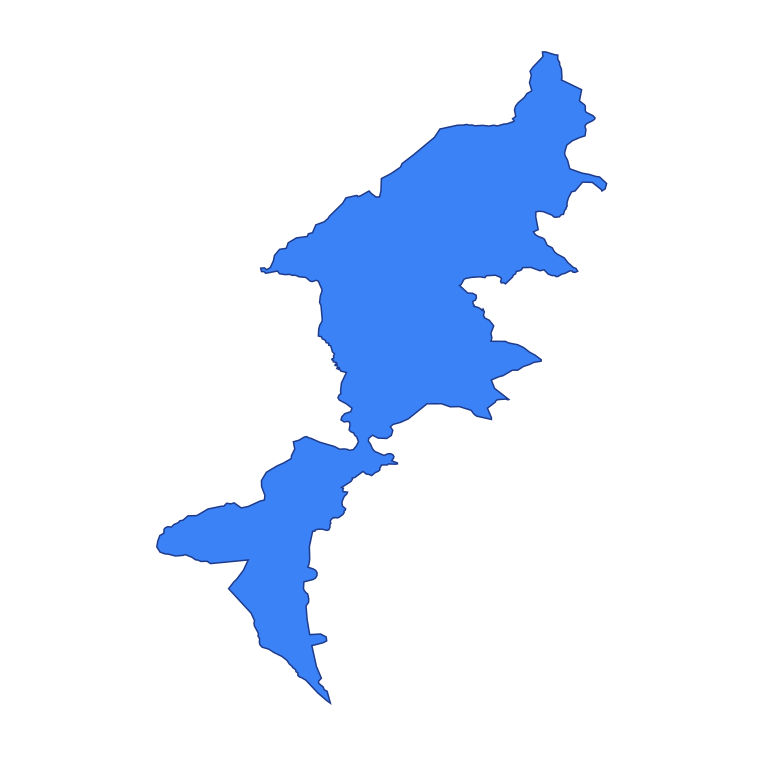 Yilo Krobo, Eastern, Ghana, rotated 83°
{"feature_id": "2480657B63323125119927", "entity_name": "Yilo Krobo", "entity_type": "district", "adm_level": 2, "iso_a3": "GHA", "parent_name": "Ghana", "parent_adm1": "Eastern", "projection": "equal_earth", "projection_center": [-0.125, 6.157], "detail": "fine", "context": "isolated", "style": "filled", "palette": "blue", "viewbox_px": 768, "rotation_deg": 83, "n_neighbors": 0, "source": "geoboundaries", "source_scale": "gbopen_adm2", "svg_char_len": 6158}
<svg xmlns="http://www.w3.org/2000/svg" viewBox="0 0 768 768"><g transform="rotate(83 384 384)"><path d="M694.3,476.1L682.0,477.9L680.3,480.5L677.3,481.3L673.1,485.3L671.1,485.2L668.4,482.0L656.1,485.5L634.9,487.5L633.4,476.0L632.0,472.2L628.0,472.2L624.4,477.4L623.7,488.3L608.4,489.0L594.7,488.4L591.4,485.4L587.5,484.9L582.9,485.4L582.0,486.6L579.2,488.4L577.0,488.8L570.6,487.6L569.4,478.2L568.2,475.6L566.0,473.9L563.4,473.4L560.8,474.4L558.9,476.8L556.5,481.9L554.1,480.6L548.9,479.1L536.4,477.9L521.5,472.8L521.6,470.5L520.5,470.1L520.1,466.7L520.6,462.9L522.3,458.7L522.0,456.5L519.6,455.1L516.9,454.8L515.9,453.8L513.2,454.0L511.5,452.2L510.4,450.3L510.9,449.6L510.6,448.1L511.2,447.0L510.9,445.0L508.5,440.7L506.7,439.2L505.3,439.2L504.5,437.8L503.1,437.3L500.3,440.0L497.6,440.3L495.3,439.8L490.8,437.2L488.6,434.3L486.9,433.4L485.8,437.7L484.5,437.9L482.6,437.0L481.5,438.7L476.7,428.7L474.6,426.9L473.4,426.9L473.3,424.4L468.2,415.5L471.2,412.6L471.8,410.2L473.4,407.4L470.9,403.6L469.9,400.3L468.8,398.6L467.2,398.5L464.1,396.2L464.7,390.6L463.9,389.4L465.0,382.1L464.9,380.4L464.0,380.3L461.1,385.7L458.6,383.5L457.1,383.0L455.2,384.0L454.0,385.9L453.7,388.5L454.9,392.7L449.7,401.5L446.7,403.4L441.9,404.8L438.8,406.5L436.1,405.8L433.4,401.7L437.0,396.3L438.4,388.0L436.0,383.0L431.1,380.9L427.2,382.9L425.2,379.9L424.1,372.3L421.5,364.0L408.9,343.7L410.6,329.3L414.7,321.1L415.6,312.0L420.7,300.8L425.2,298.1L427.2,295.9L432.3,281.7L430.4,281.5L420.6,284.3L415.6,275.8L413.9,274.7L413.4,272.5L413.8,264.7L414.8,263.1L414.6,262.0L401.8,274.8L393.1,277.0L390.8,269.2L390.3,265.0L385.9,254.8L386.6,249.6L383.6,243.5L382.3,237.0L380.8,232.7L380.5,225.3L379.1,225.0L373.9,230.4L370.0,235.8L365.0,240.8L361.3,246.5L358.5,255.2L356.5,258.3L354.6,272.6L351.3,271.3L346.6,271.7L339.7,268.0L333.6,271.7L330.4,276.4L329.5,276.2L328.4,277.1L324.5,275.6L321.6,276.6L323.0,277.7L321.2,278.9L319.4,281.4L317.8,285.3L317.0,284.9L315.0,285.9L312.8,285.6L311.9,283.1L309.9,281.8L307.1,281.7L304.7,285.1L303.9,289.8L295.4,297.0L294.6,295.3L289.7,291.7L289.2,289.7L288.8,284.2L289.3,275.7L290.7,270.8L289.0,269.2L289.6,260.2L292.3,255.4L294.1,254.6L296.4,255.8L298.0,255.3L297.9,253.4L299.4,251.2L293.6,243.5L291.7,242.3L290.7,240.0L288.3,238.9L288.2,235.9L287.4,233.6L285.4,232.2L286.2,224.0L290.6,215.4L290.2,211.2L295.0,207.6L296.8,204.0L297.2,201.3L298.4,200.1L298.4,198.1L296.5,193.8L296.3,191.1L294.3,185.3L294.8,183.6L296.0,182.9L296.5,180.6L295.7,178.0L292.8,179.3L291.2,182.1L285.9,186.7L280.8,189.7L276.3,196.1L273.7,198.6L269.3,200.5L266.2,205.1L259.9,207.1L258.4,208.8L256.2,213.3L254.1,215.6L251.2,217.1L249.5,212.1L236.7,213.0L231.7,212.3L231.4,209.1L232.3,205.0L236.8,196.8L238.9,195.0L239.4,193.6L239.4,189.6L237.4,187.2L237.5,185.2L233.7,183.6L232.5,182.0L231.2,181.8L230.1,180.7L226.2,180.2L221.6,178.2L216.1,174.4L215.7,170.8L207.8,162.3L209.3,152.7L217.3,144.8L219.0,144.2L217.3,140.7L212.1,138.6L204.8,144.8L203.7,148.7L201.0,154.7L198.8,161.9L193.0,173.4L184.4,174.5L179.2,176.5L176.2,176.5L169.1,173.4L165.5,167.3L163.3,160.0L162.2,154.2L156.2,152.6L152.4,153.2L150.3,151.2L148.1,144.9L146.8,142.7L145.6,142.1L143.3,143.7L139.0,150.2L137.3,150.9L132.7,150.3L131.4,150.9L126.8,155.5L116.0,152.0L103.8,170.9L102.2,170.1L93.1,169.5L88.4,170.8L86.3,170.5L82.8,172.0L78.7,171.4L78.0,174.4L74.1,183.0L73.7,186.3L78.4,186.3L87.6,197.5L91.3,200.9L95.8,200.2L102.7,202.9L110.6,201.6L111.3,202.2L113.1,206.7L116.8,209.9L121.2,216.6L124.2,219.5L127.8,221.1L134.5,220.6L136.4,224.1L138.5,222.8L139.2,223.1L140.8,230.7L140.6,233.3L141.7,240.0L140.5,243.6L140.8,248.4L139.3,254.5L138.8,262.4L137.6,265.0L137.5,267.7L136.4,270.4L136.7,273.4L136.1,279.4L137.7,297.4L145.3,303.8L160.0,326.6L167.4,339.2L170.8,341.2L176.1,351.6L179.8,361.6L191.9,363.5L197.8,365.6L197.4,369.2L193.2,373.5L190.6,375.3L194.2,384.0L194.9,387.1L193.9,387.4L193.5,388.4L194.6,399.1L199.4,402.8L210.8,417.7L213.1,419.6L215.8,423.8L217.7,432.2L225.1,436.5L225.7,440.8L228.2,442.2L228.3,453.1L232.2,461.9L237.4,464.5L237.6,471.2L243.0,477.0L248.3,478.8L254.5,482.6L256.3,486.5L254.2,488.5L254.0,492.3L257.5,491.9L257.8,489.5L259.7,487.9L258.9,475.9L261.8,474.3L263.4,468.8L263.7,464.2L265.0,461.7L265.3,458.5L267.2,455.3L268.7,448.6L272.9,444.7L273.6,442.7L272.8,438.9L273.8,436.7L282.6,434.1L284.3,434.3L288.9,436.5L295.2,438.0L298.5,437.0L311.9,437.4L314.1,437.8L317.8,440.6L321.5,442.1L328.4,443.3L329.4,440.4L331.6,439.8L333.5,436.9L335.9,436.4L336.8,433.9L338.7,434.2L339.7,432.2L345.7,431.3L348.1,429.4L350.0,430.7L352.2,430.8L352.8,431.5L352.6,432.3L353.5,432.8L354.7,431.2L355.7,431.7L357.0,428.5L357.7,428.5L358.5,429.7L358.9,428.6L359.7,429.9L360.1,428.4L361.0,427.9L362.7,428.8L362.3,426.4L362.9,426.2L363.9,427.4L364.4,426.1L366.0,425.2L368.0,419.9L377.8,426.1L385.2,427.9L388.4,428.0L389.3,429.7L391.9,431.4L394.5,430.3L399.0,423.9L404.1,418.7L407.4,420.4L408.7,426.6L411.4,429.8L414.4,431.1L416.8,428.2L416.7,425.1L417.4,422.9L420.3,422.7L425.3,424.2L427.1,423.0L429.3,419.7L431.0,419.5L433.2,417.5L438.2,416.4L442.2,419.1L445.4,422.5L445.6,426.6L444.5,428.1L443.6,431.3L443.3,436.0L440.0,440.8L433.8,455.2L429.0,463.1L428.4,465.1L426.8,467.1L426.9,469.5L429.4,475.2L430.3,481.0L437.6,480.5L443.9,484.6L446.7,485.2L450.1,493.1L452.4,500.5L457.3,511.5L464.9,517.4L470.8,518.0L480.0,515.8L484.6,516.9L485.1,521.3L489.0,533.6L489.6,540.8L483.7,547.2L484.3,550.5L483.2,554.8L485.8,557.9L485.5,560.2L486.6,573.9L491.8,585.8L491.0,594.7L494.7,600.1L494.9,603.2L496.6,605.3L497.9,609.7L500.1,612.5L499.3,615.8L499.9,618.3L501.4,620.0L505.3,620.7L507.1,625.0L512.2,627.6L517.9,629.4L523.5,626.8L525.9,622.2L526.6,618.8L529.3,611.9L529.6,604.3L529.1,602.1L532.8,595.4L535.4,592.7L536.1,590.2L537.8,587.3L538.4,581.2L541.1,578.1L542.1,540.2L551.7,546.2L560.0,554.2L562.1,557.1L568.2,563.2L595.3,543.8L603.2,541.3L605.4,542.2L608.3,542.1L616.0,539.1L619.1,539.7L621.5,538.5L625.4,539.2L627.8,538.9L630.4,537.0L633.0,530.9L637.3,525.7L641.8,518.7L646.5,514.0L650.7,511.9L653.1,509.5L654.1,509.4L656.7,506.6L658.8,506.4L660.3,504.7L662.9,505.0L664.6,503.4L665.1,502.1L668.4,497.7L682.5,487.4L691.1,479.6L694.3,476.1Z" fill="#3b82f6" stroke="#1e3a8a" stroke-width="1.5"/></g></svg>